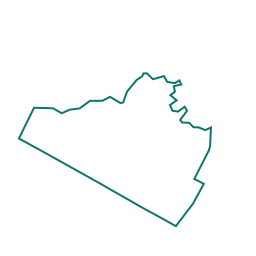 Davidson, North Carolina, United States of America, rotated 117°
{"feature_id": "52423323B73587469313041", "entity_name": "Davidson", "entity_type": "district", "adm_level": 2, "iso_a3": "USA", "parent_name": "United States of America", "parent_adm1": "North Carolina", "projection": "robinson", "projection_center": [-80.266, 35.765], "detail": "fine", "context": "isolated", "style": "outline", "palette": "teal", "viewbox_px": 256, "rotation_deg": 117, "n_neighbors": 0, "source": "geoboundaries", "source_scale": "gbopen_adm2", "svg_char_len": 943}
<svg xmlns="http://www.w3.org/2000/svg" viewBox="0 0 256 256"><g transform="rotate(117 128 128)"><path d="M192.7,72.8L192.8,66.9L192.8,66.1L192.9,64.0L193.0,60.3L193.6,44.1L193.6,43.6L193.7,40.8L165.8,35.7L143.3,35.1L143.3,41.6L143.3,43.2L143.3,45.8L136.0,45.8L111.1,45.8L107.1,46.6L104.5,47.7L92.3,53.2L91.0,53.8L89.9,54.3L94.8,58.2L95.4,65.4L97.6,70.1L95.6,75.8L98.5,82.3L97.1,85.2L85.9,83.2L83.3,87.1L90.7,90.9L92.4,96.3L88.5,101.0L81.3,97.2L79.5,105.1L74.3,102.7L70.0,106.2L65.0,100.3L62.3,103.9L66.8,106.6L69.1,114.0L65.5,119.6L73.2,127.9L70.7,136.0L72.4,139.0L75.3,138.8L81.3,142.1L96.1,145.4L107.4,143.9L109.1,145.9L109.2,146.1L108.4,158.2L115.3,163.1L121.1,174.2L132.5,180.0L138.2,188.3L144.9,193.7L144.5,203.8L152.6,220.9L168.5,220.7L169.7,220.7L186.9,220.4L187.5,199.6L187.5,198.7L190.0,131.4L190.0,130.9L190.2,126.7L190.2,126.2L190.8,115.1L192.1,86.3L192.2,85.9L192.7,72.8Z" fill="none" stroke="#0f766e" stroke-width="2"/></g></svg>